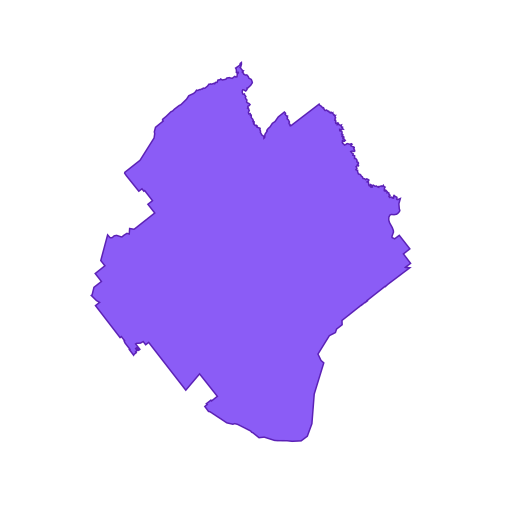 Gilgandra, New South Wales, Australia (orthographic projection), rotated 314°
{"feature_id": "25037944B57868667695206", "entity_name": "Gilgandra", "entity_type": "district", "adm_level": 2, "iso_a3": "AUS", "parent_name": "Australia", "parent_adm1": "New South Wales", "projection": "orthographic", "projection_center": [148.95, -31.633], "detail": "fine", "context": "isolated", "style": "filled", "palette": "violet", "viewbox_px": 512, "rotation_deg": 314, "n_neighbors": 0, "source": "geoboundaries", "source_scale": "gbopen_adm2", "svg_char_len": 6127}
<svg xmlns="http://www.w3.org/2000/svg" viewBox="0 0 512 512"><g transform="rotate(314 256 256)"><path d="M113.2,164.9L113.1,172.2L114.0,175.7L108.8,175.0L102.9,214.9L104.5,215.1L103.8,220.2L103.3,220.1L102.4,222.4L101.3,230.1L100.7,229.9L99.6,236.9L100.5,236.6L103.3,237.0L103.5,235.9L105.5,236.2L105.8,233.7L108.0,234.0L107.9,235.1L107.0,234.9L106.7,237.1L108.2,237.3L109.1,230.5L110.1,230.7L113.1,233.4L116.1,234.3L115.5,238.3L119.3,238.8L110.7,298.7L132.0,297.3L128.2,325.7L120.9,324.7L121.0,323.7L115.2,322.9L115.2,324.1L112.2,323.7L111.2,329.8L112.0,331.1L115.7,350.9L118.9,356.2L120.6,357.1L122.1,359.7L126.4,373.7L126.2,375.3L126.7,376.6L127.4,384.4L131.4,387.7L136.2,397.4L138.0,399.6L144.8,406.8L147.8,410.7L154.4,416.9L162.0,418.1L174.2,412.7L197.1,393.8L226.2,379.0L226.0,375.4L228.5,368.7L249.7,364.1L256.1,366.3L259.4,364.7L266.4,365.7L269.4,362.6L294.2,365.9L294.1,366.1L298.4,366.6L298.4,366.9L301.1,367.3L301.1,366.8L323.8,369.9L323.8,370.3L327.1,370.5L354.4,374.8L353.1,373.1L351.9,372.0L351.6,371.3L358.1,372.3L359.9,360.6L368.0,361.7L370.4,344.7L364.7,343.8L363.8,341.1L364.7,340.1L368.7,338.3L369.8,337.0L371.1,334.3L372.7,329.0L374.1,326.5L376.2,324.6L378.5,323.9L379.8,324.4L381.6,326.6L383.7,328.1L385.2,328.4L387.6,328.3L388.8,327.7L389.4,326.4L392.8,322.5L397.6,319.9L395.2,318.9L394.6,318.2L394.6,317.8L395.7,317.1L396.1,316.4L395.6,314.9L395.5,313.2L394.9,313.3L393.4,314.7L393.0,314.7L392.4,313.7L392.8,313.3L392.5,312.6L391.8,311.9L391.0,311.6L391.1,310.3L391.7,310.0L392.5,310.4L392.8,310.2L392.8,308.6L393.6,307.9L393.3,306.8L392.6,306.3L393.4,305.8L393.5,303.5L393.2,303.3L392.4,303.8L392.1,302.9L394.1,301.2L395.2,301.0L394.8,299.6L395.3,298.5L393.9,298.5L393.5,298.3L393.5,297.5L391.5,296.5L391.4,296.1L391.0,296.0L390.6,296.4L390.1,295.2L390.0,294.0L388.9,293.3L388.4,291.0L387.4,290.8L386.4,291.8L385.4,291.0L385.4,290.4L386.5,290.1L387.2,289.3L386.9,288.6L386.0,288.9L385.2,288.7L385.4,287.8L387.0,285.9L387.1,285.5L386.6,284.5L388.5,284.8L389.1,284.3L388.6,282.5L388.2,281.9L387.2,281.9L386.9,280.3L386.1,279.2L386.8,277.6L386.6,276.2L387.0,275.2L386.9,273.8L386.3,273.1L386.2,272.5L387.5,270.1L388.2,269.6L387.5,268.5L387.5,267.9L389.2,267.7L389.8,265.9L391.1,266.0L391.9,267.1L392.2,267.0L392.5,266.6L392.3,265.5L393.7,265.4L394.1,265.0L394.3,264.2L393.8,263.2L395.1,262.1L395.4,260.0L394.6,259.1L396.6,257.3L395.8,255.6L397.0,255.0L396.7,253.4L397.0,251.6L397.8,252.0L398.9,253.0L399.2,253.9L400.1,254.1L400.7,253.2L401.0,251.8L402.0,251.6L402.3,251.3L402.0,250.8L402.3,250.4L401.8,249.6L401.2,247.6L402.5,247.2L403.1,247.4L403.1,246.7L401.4,245.7L400.3,243.6L399.5,243.2L398.8,243.3L397.3,242.6L397.4,241.3L397.2,240.1L397.6,239.8L397.7,239.1L398.4,238.9L398.6,238.3L399.1,238.0L399.4,238.2L399.2,239.1L400.0,239.9L401.2,239.9L401.1,238.7L401.4,238.3L400.8,237.0L401.3,236.7L402.4,236.8L402.7,236.4L402.5,235.8L401.8,235.6L401.7,234.9L402.1,234.4L403.0,234.6L403.6,234.2L403.2,232.8L404.1,232.6L405.0,231.7L405.3,230.8L404.9,230.1L405.0,229.4L404.4,229.6L404.3,229.2L405.2,228.2L405.8,229.2L407.1,229.8L407.6,230.4L407.6,229.9L408.1,229.7L408.2,229.3L408.8,228.7L408.1,228.1L409.0,226.6L409.5,226.4L408.5,225.9L408.1,224.1L407.7,223.8L408.2,223.8L408.7,223.1L408.3,222.8L408.5,222.3L407.6,221.7L407.3,222.5L407.0,221.9L407.2,221.4L406.9,221.2L407.6,220.2L408.3,219.9L408.9,219.0L408.5,218.3L409.3,217.9L410.0,217.2L410.7,217.3L411.5,215.4L412.1,215.4L411.8,215.1L411.5,214.0L411.9,213.8L411.7,213.2L412.0,212.1L412.4,211.7L411.6,211.5L411.6,210.1L410.5,210.0L410.7,209.0L410.3,208.3L410.7,207.6L410.0,206.9L410.1,205.7L409.9,205.2L408.9,204.9L408.6,204.6L408.8,203.0L409.4,202.2L409.5,201.4L408.9,201.1L409.1,199.0L408.7,196.9L409.1,195.9L373.8,190.6L373.4,189.9L374.3,189.1L374.1,188.1L374.5,187.4L375.6,187.0L376.4,184.7L376.3,183.1L377.4,182.6L377.7,181.6L378.5,181.5L378.0,180.3L378.1,178.6L379.2,178.1L379.3,176.4L371.5,175.4L365.9,176.3L362.8,175.6L358.8,176.4L356.1,176.2L353.9,176.5L353.7,177.2L349.8,177.9L347.1,180.0L346.2,179.9L346.8,179.3L347.1,179.4L347.2,178.8L347.6,178.6L347.1,176.3L348.0,173.2L349.0,172.5L349.6,170.9L350.4,170.6L350.7,170.1L349.7,167.9L349.4,167.6L349.5,166.8L350.3,166.6L350.3,165.9L350.1,165.1L349.3,164.9L349.4,162.4L350.1,162.1L350.3,161.5L350.5,162.1L351.2,161.4L350.8,160.8L350.9,160.1L351.4,160.1L352.1,158.8L352.3,156.4L354.1,154.7L354.0,154.3L353.4,154.1L354.4,152.9L353.2,152.0L354.2,150.6L356.0,150.1L356.2,149.0L356.7,148.8L356.5,147.2L357.5,147.1L357.6,146.4L358.3,146.1L359.5,146.7L360.8,146.5L360.8,144.9L360.2,143.4L360.2,142.3L361.9,141.1L362.1,140.4L361.9,139.8L362.5,138.3L363.7,137.9L364.0,135.8L364.5,135.1L363.5,134.5L363.4,134.0L364.1,132.5L365.6,131.2L366.3,131.0L366.9,131.6L367.5,134.0L369.5,133.9L370.6,132.9L371.1,133.4L375.1,133.6L378.1,133.0L378.9,131.8L379.7,130.0L379.0,127.3L379.7,125.8L379.7,124.9L380.0,124.4L379.7,123.4L378.7,122.6L378.5,121.4L378.2,121.0L378.9,119.6L378.6,118.8L380.3,118.3L379.7,117.8L380.1,117.5L380.5,113.7L381.1,113.8L383.9,112.3L385.0,111.1L383.6,110.9L381.9,111.8L377.0,110.8L376.8,111.7L375.4,113.6L374.5,114.1L374.4,115.1L375.7,115.4L375.5,116.0L373.7,116.3L371.7,117.8L370.7,117.1L370.6,116.2L370.4,115.9L367.3,115.5L366.1,113.7L365.9,113.0L363.8,111.4L362.1,111.5L359.2,109.5L358.8,107.6L357.8,107.7L356.2,106.4L353.8,107.4L352.8,106.3L352.2,106.2L351.4,106.7L350.9,106.4L350.8,105.7L348.7,104.7L348.3,103.8L347.6,103.6L347.0,102.8L344.5,103.1L341.4,102.7L340.8,102.4L340.1,101.4L339.0,101.5L338.3,100.8L336.9,100.4L336.4,99.7L334.7,99.2L334.0,98.0L331.8,98.4L329.6,98.2L324.6,96.3L320.7,97.1L312.7,96.9L310.9,96.2L305.0,95.3L302.4,95.3L300.6,94.6L294.1,94.4L289.7,93.9L288.9,94.2L288.6,95.5L278.8,94.3L274.7,96.6L273.6,98.2L270.1,100.7L244.3,106.1L225.1,103.5L224.3,104.0L223.7,107.0L221.2,126.7L225.1,127.3L224.7,130.3L225.7,130.5L223.9,143.1L218.1,142.3L216.6,153.3L190.9,149.8L190.3,149.4L188.0,146.0L183.8,149.5L182.6,147.4L178.4,146.4L177.2,146.5L176.2,145.9L174.0,141.4L172.0,140.0L169.4,139.8L168.2,138.9L167.8,138.1L168.1,134.6L144.9,147.5L144.0,154.1L131.7,152.5L130.3,162.5L120.9,161.2L114.2,165.1L113.2,164.9Z" fill="#8b5cf6" stroke="#5b21b6" stroke-width="1.5"/></g></svg>